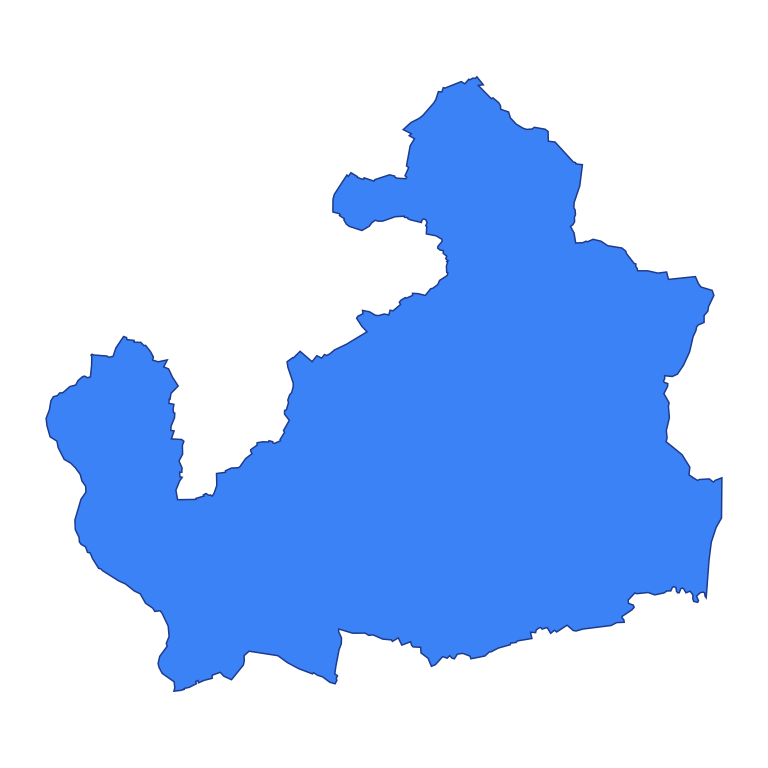 the district of Wiset Chai Chan, Ang Thong, Thailand
{"feature_id": "78962969B38552954370862", "entity_name": "Wiset Chai Chan", "entity_type": "district", "adm_level": 2, "iso_a3": "THA", "parent_name": "Thailand", "parent_adm1": "Ang Thong", "projection": "orthographic", "projection_center": [100.305, 14.571], "detail": "fine", "context": "isolated", "style": "filled", "palette": "blue", "viewbox_px": 768, "rotation_deg": 0, "n_neighbors": 0, "source": "geoboundaries", "source_scale": "gbopen_adm2", "svg_char_len": 6075}
<svg xmlns="http://www.w3.org/2000/svg" viewBox="0 0 768 768"><path d="M695.4,276.6L668.5,279.4L666.6,272.0L657.9,273.1L647.6,270.8L637.6,270.8L637.2,268.5L635.7,266.4L635.9,264.0L634.1,263.4L626.4,253.5L625.8,251.2L621.9,248.0L607.7,245.7L601.0,241.2L593.1,239.3L587.4,241.8L586.1,241.2L582.8,242.7L575.7,243.0L574.1,233.1L570.5,226.4L572.9,224.7L574.6,221.6L574.4,217.2L575.5,214.7L575.1,209.8L573.9,208.1L574.1,202.7L579.8,185.7L582.4,164.7L575.9,163.9L575.6,162.6L573.3,162.0L555.0,142.0L548.3,141.2L548.1,131.5L545.1,129.2L534.3,127.3L532.1,129.0L526.7,129.4L523.2,128.3L516.3,124.2L510.4,117.9L508.6,112.0L500.7,109.3L500.5,105.7L498.7,102.7L492.9,97.8L491.3,98.7L478.3,85.4L483.3,84.8L476.9,76.8L475.3,78.4L473.0,78.1L469.8,79.8L468.8,79.2L464.8,83.8L461.3,81.6L444.9,88.1L443.3,87.6L441.8,92.0L438.4,91.6L435.9,99.4L433.9,102.8L422.8,115.5L419.1,118.4L411.0,122.5L403.2,129.6L411.3,133.7L409.2,135.7L414.5,138.7L410.2,145.7L406.5,165.9L408.7,167.5L405.0,175.8L406.7,177.2L405.9,178.7L397.2,178.2L394.9,177.2L394.7,176.1L389.5,174.8L374.9,179.6L373.9,181.1L364.1,177.8L363.6,179.3L360.7,178.7L357.3,177.3L357.4,176.6L351.0,172.7L348.3,176.4L346.9,175.0L334.3,194.4L333.0,199.3L332.9,212.0L339.3,213.7L340.1,214.4L339.5,215.6L344.3,218.7L343.9,220.0L346.4,224.2L349.3,226.4L361.9,230.5L369.3,226.2L371.9,222.7L375.2,220.3L378.4,221.2L382.7,221.1L395.3,216.7L404.3,216.2L404.5,217.4L407.6,217.6L407.8,218.6L410.2,219.8L421.4,222.5L421.7,220.6L423.2,219.0L425.6,219.5L427.2,222.8L425.7,225.7L426.8,226.5L426.3,233.9L436.0,235.8L441.9,239.3L442.1,241.3L437.9,246.4L437.7,248.2L440.1,250.1L443.3,250.6L443.2,253.4L446.8,256.2L445.7,258.7L448.1,260.7L446.7,261.5L447.6,262.7L446.4,265.9L446.7,272.4L447.9,272.9L447.1,275.6L439.6,280.4L437.8,284.5L433.1,288.1L430.6,288.8L425.3,295.4L417.8,293.6L412.5,293.3L412.5,295.5L405.9,298.3L405.2,297.6L400.8,300.3L399.3,302.3L400.6,304.4L393.0,310.8L390.1,310.2L388.8,314.9L384.2,314.0L378.6,315.6L375.3,315.2L369.5,311.8L362.5,310.4L363.0,313.7L357.9,316.2L356.6,318.2L361.8,326.3L367.0,331.8L346.5,344.2L334.4,350.0L329.8,353.9L326.6,355.5L324.5,354.5L321.7,358.1L316.8,355.7L312.1,361.7L300.1,351.3L293.7,357.7L292.8,357.6L287.1,361.7L287.8,367.0L293.2,383.0L293.2,386.6L291.7,392.5L289.6,394.9L287.8,400.1L288.5,402.7L286.3,409.9L284.6,410.4L284.5,414.1L289.3,420.3L283.5,430.6L284.6,432.2L280.1,439.5L280.4,440.8L274.5,443.4L273.0,443.0L272.8,441.7L269.0,440.7L268.6,442.0L262.4,441.8L257.1,442.8L257.0,445.2L250.8,449.6L250.6,451.0L252.0,453.7L245.7,458.5L239.8,466.8L238.3,467.7L231.2,468.1L225.4,470.8L225.5,472.3L216.5,473.5L216.8,485.4L214.1,493.2L212.2,496.1L210.2,494.9L208.8,495.4L206.0,493.5L203.4,494.8L204.0,496.0L195.9,498.4L195.9,499.4L177.6,499.7L175.9,490.2L179.6,481.0L182.2,477.3L179.9,476.8L179.7,472.1L181.8,472.3L182.1,468.0L179.0,461.0L182.6,454.2L182.4,445.3L183.9,441.3L181.7,439.5L171.4,438.9L174.1,430.9L170.8,430.4L171.1,426.1L174.5,417.8L174.8,413.1L173.6,412.8L173.1,409.3L173.9,404.3L169.0,403.4L169.1,399.3L170.0,399.4L171.0,393.3L178.2,386.0L172.5,377.2L168.6,368.9L163.7,366.9L167.3,359.9L158.2,361.8L152.6,360.1L153.4,357.0L150.5,351.6L145.6,345.4L143.7,345.5L140.9,342.4L134.1,342.2L134.1,340.4L126.9,339.6L126.6,337.6L123.6,336.5L115.9,347.9L113.1,356.3L108.8,357.3L106.9,356.0L93.7,355.0L92.1,354.2L91.0,355.2L91.8,356.4L91.6,365.4L90.4,376.9L87.4,377.7L84.6,376.1L82.5,376.7L78.1,380.5L75.7,385.0L69.9,386.6L62.7,392.8L59.7,392.9L57.4,395.6L53.4,396.7L50.9,400.8L49.4,409.8L46.1,418.4L47.0,425.8L50.1,436.8L56.9,441.1L58.2,447.7L64.2,459.4L70.7,463.1L75.3,467.7L80.2,474.4L81.9,480.9L85.6,486.2L85.9,492.2L81.0,499.2L74.9,520.0L75.3,529.7L79.1,537.5L79.4,541.9L81.1,544.3L85.5,546.8L87.5,552.3L90.2,553.0L92.6,558.7L98.7,568.4L100.8,568.8L102.7,570.8L118.7,580.9L125.6,584.0L134.2,590.9L140.2,593.8L145.6,603.3L152.8,608.2L154.8,611.4L160.2,610.8L162.2,613.5L168.2,626.1L169.1,636.5L166.3,643.4L167.2,646.2L159.7,656.4L158.1,663.6L159.1,667.5L162.1,673.3L174.1,681.8L174.8,687.7L173.9,691.2L180.6,690.4L184.2,689.4L184.0,688.5L189.3,687.3L196.4,683.7L195.7,681.5L198.0,680.5L198.5,682.8L204.3,680.3L212.2,678.3L212.0,675.3L220.3,672.3L223.8,676.2L231.5,679.7L243.4,665.0L244.3,660.7L244.1,655.6L249.1,651.2L278.0,655.7L287.4,662.6L299.0,668.8L312.5,673.9L313.5,672.6L317.6,675.3L322.5,676.8L329.9,682.3L335.1,683.8L336.9,680.3L336.2,678.5L337.5,675.8L334.8,673.8L335.9,666.1L339.1,649.5L341.3,643.8L341.5,638.0L338.6,631.4L338.8,629.0L352.6,633.2L365.2,633.1L368.6,635.3L373.1,634.9L382.7,639.1L391.4,639.9L392.4,641.4L398.3,637.9L401.8,645.1L410.6,641.8L411.6,645.3L413.1,646.9L420.7,647.3L421.0,652.9L428.1,658.3L431.4,666.3L435.4,664.7L442.7,656.6L447.2,658.2L449.6,655.7L452.1,658.2L454.4,658.8L457.4,654.1L462.8,653.4L470.0,656.1L470.9,658.8L484.9,656.0L489.4,651.9L491.2,651.8L498.2,648.1L510.3,644.7L510.7,643.1L516.0,642.5L517.5,640.9L531.9,638.5L530.5,632.2L535.6,632.6L536.2,630.0L539.3,627.7L540.8,627.6L542.1,629.1L547.1,627.5L550.7,633.3L554.5,630.2L556.7,632.0L567.1,625.2L573.2,630.5L576.1,631.0L583.2,629.0L611.1,625.5L616.7,622.6L624.2,622.3L623.9,620.0L622.0,617.6L622.2,616.3L632.0,609.8L634.1,607.4L633.4,605.2L628.6,603.4L628.1,600.2L634.9,592.9L636.6,593.7L648.2,592.5L654.7,594.9L664.1,592.9L666.8,591.0L670.8,590.9L672.4,587.4L674.1,586.6L676.0,587.8L676.5,591.4L677.8,592.9L679.3,592.7L680.7,588.8L682.2,588.1L683.6,588.7L686.0,592.8L690.1,591.2L692.9,594.9L692.8,598.7L693.7,601.4L697.7,602.3L698.5,600.7L696.5,596.1L700.3,592.7L702.7,592.1L704.6,592.8L705.1,596.3L706.2,597.7L709.0,560.4L711.3,542.2L716.1,527.5L721.5,518.0L721.9,477.8L715.3,480.3L713.4,482.1L709.3,478.9L699.5,479.5L697.5,480.4L694.3,478.4L689.0,474.9L689.8,467.1L682.0,454.6L666.1,441.7L667.1,437.8L666.3,430.7L669.4,417.6L668.4,406.6L669.1,402.8L663.9,393.6L667.6,386.4L667.8,383.6L664.4,382.5L663.5,381.0L664.7,378.9L664.6,375.7L672.2,376.5L677.4,374.2L683.5,365.2L689.6,351.9L693.1,336.6L695.9,330.7L696.6,327.0L698.2,325.0L704.1,322.4L704.1,315.5L707.8,311.3L708.6,306.4L713.9,295.4L712.2,290.4L700.9,287.0L698.4,283.5L695.4,276.6Z" fill="#3b82f6" stroke="#1e3a8a" stroke-width="1.5"/></svg>